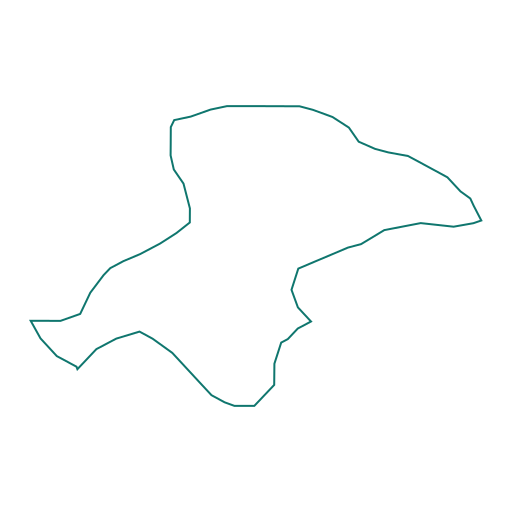 outline of Unsan, P'yŏngan-namdo, North Korea
{"feature_id": "82179303B62623868631396", "entity_name": "Unsan", "entity_type": "district", "adm_level": 2, "iso_a3": "PRK", "parent_name": "North Korea", "parent_adm1": "P'yŏngan-namdo", "projection": "mercator", "projection_center": [126.152, 39.43], "detail": "fine", "context": "isolated", "style": "outline", "palette": "teal", "viewbox_px": 512, "rotation_deg": 0, "n_neighbors": 0, "source": "geoboundaries", "source_scale": "gbopen_adm2", "svg_char_len": 969}
<svg xmlns="http://www.w3.org/2000/svg" viewBox="0 0 512 512"><path d="M174.2,120.1L170.8,127.1L170.7,144.8L170.6,155.4L173.8,169.5L183.5,183.6L189.9,208.4L189.8,222.5L176.5,233.0L160.0,243.6L140.1,254.1L123.5,261.1L110.3,268.1L103.6,275.1L90.3,292.7L80.2,313.9L60.4,320.9L43.9,320.8L30.7,320.8L40.5,338.4L56.8,356.1L76.5,366.7L77.4,369.2L96.4,349.1L116.3,338.6L139.5,331.6L152.6,338.7L172.3,352.9L188.6,370.5L198.4,381.1L211.5,395.2L224.6,402.3L234.5,405.9L254.3,405.9L274.2,384.9L274.4,363.7L281.2,342.6L287.8,339.1L297.8,328.5L311.0,321.5L297.9,307.4L291.5,289.8L298.3,268.6L314.8,261.6L331.4,254.6L347.9,247.6L361.1,244.1L384.3,230.1L420.7,223.1L453.6,226.7L473.4,223.2L481.3,220.5L473.6,205.6L470.3,198.5L460.5,191.4L447.4,177.3L427.7,166.6L408.0,156.0L388.3,152.4L375.1,148.9L358.7,141.7L348.9,127.6L332.5,117.0L312.8,109.8L299.6,106.3L276.5,106.2L243.5,106.1L227.1,106.1L210.5,109.6L190.7,116.6L174.2,120.1Z" fill="none" stroke="#0f766e" stroke-width="2"/></svg>